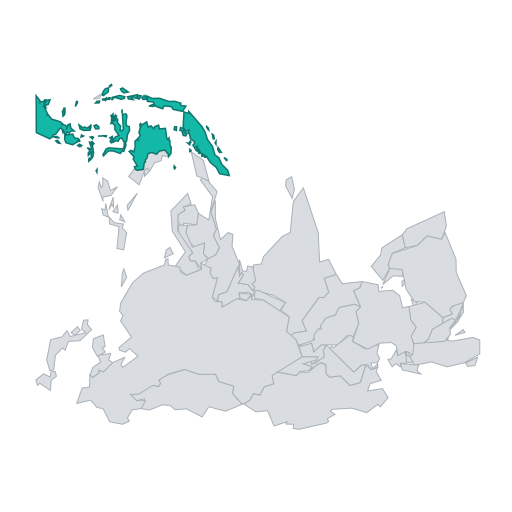 Indonesia highlighted on a map of Asia, rotated 179°
{"feature_id": "IDN", "entity_name": "Indonesia", "entity_type": "country or territory", "adm_level": 0, "iso_a3": "IDN", "parent_name": "Asia", "parent_adm1": "", "projection": "equal_earth", "projection_center": [119.503, -2.501], "detail": "fine", "context": "in_parent", "style": "filled", "palette": "teal", "viewbox_px": 512, "rotation_deg": 179, "n_neighbors": 45, "source": "natural_earth", "source_scale": "50m", "svg_char_len": 17831}
<svg xmlns="http://www.w3.org/2000/svg" viewBox="0 0 512 512"><g transform="rotate(179 256 256)"><path d="M270.9,108.4L264.7,111.8L261.2,118.4L254.5,116.9L250.1,125.1L240.5,128.0L242.1,136.2L239.1,140.2L217.9,135.7L214.4,139.5L206.2,138.5L194.3,148.3L187.8,145.9L187.9,137.1L184.5,133.6L173.7,134.7L164.2,124.9L153.9,127.7L148.2,145.2L142.9,140.3L136.2,142.9L137.8,138.1L133.0,129.5L144.0,126.4L146.8,119.1L131.9,121.2L126.4,112.1L134.4,102.9L136.8,105.5L148.0,97.5L162.9,102.2L182.6,101.4L184.3,99.3L179.9,96.4L187.5,92.0L186.3,89.1L188.4,87.7L216.1,82.0L221.8,82.9L221.3,87.1L229.0,87.5L227.9,89.8L240.9,85.7L247.2,101.1L258.9,100.2L270.9,108.4Z" fill="#d9dde1" stroke="#a8b0b8" stroke-width="1"/><path d="M148.2,145.2L153.9,127.7L164.2,124.9L173.7,134.7L184.5,133.6L187.9,137.1L187.8,145.9L192.9,148.4L204.8,140.6L201.9,144.2L210.9,147.4L205.4,150.9L201.1,150.5L202.2,146.9L197.0,148.1L192.6,153.9L189.5,153.7L190.4,160.7L187.2,165.8L160.2,138.3L152.4,145.2L148.2,145.2Z" fill="#d9dde1" stroke="#a8b0b8" stroke-width="1"/><path d="M406.6,421.5L410.2,416.1L416.0,415.9L406.6,421.5Z" fill="#d9dde1" stroke="#a8b0b8" stroke-width="1"/><path d="M59.0,185.4L53.4,192.7L49.6,205.1L49.6,196.1L55.9,186.4L59.0,185.4Z" fill="#d9dde1" stroke="#a8b0b8" stroke-width="1"/><path d="M63.6,180.7L56.0,186.4L63.6,178.7L63.6,180.7Z" fill="#d9dde1" stroke="#a8b0b8" stroke-width="1"/><path d="M56.5,190.0L52.4,195.4L55.3,189.3L56.5,190.0Z" fill="#d9dde1" stroke="#a8b0b8" stroke-width="1"/><path d="M56.5,190.0L70.7,184.9L70.3,191.2L60.8,194.6L63.2,199.8L53.6,206.7L49.6,205.1L56.5,190.0Z" fill="#d9dde1" stroke="#a8b0b8" stroke-width="1"/><path d="M109.5,233.1L119.2,233.8L129.8,225.2L121.7,242.6L110.0,239.8L109.5,233.1Z" fill="#d9dde1" stroke="#a8b0b8" stroke-width="1"/><path d="M106.9,230.4L107.4,226.4L110.3,223.1L110.6,227.9L106.9,230.4Z" fill="#d9dde1" stroke="#a8b0b8" stroke-width="1"/><path d="M99.1,202.1L101.6,210.1L95.0,207.2L99.1,202.1Z" fill="#d9dde1" stroke="#a8b0b8" stroke-width="1"/><path d="M70.3,191.2L70.7,184.9L80.9,179.6L85.1,169.7L92.5,164.6L99.7,165.6L102.3,173.2L97.2,181.9L102.5,189.6L103.9,202.8L87.7,206.8L70.3,191.2Z" fill="#d9dde1" stroke="#a8b0b8" stroke-width="1"/><path d="M122.7,241.4L129.6,229.4L141.0,243.6L131.4,254.9L129.9,262.0L109.4,274.7L106.6,261.7L119.6,256.2L124.0,245.3L122.7,241.4ZM131.3,222.0L129.4,223.4L130.9,221.6L131.3,222.0Z" fill="#d9dde1" stroke="#a8b0b8" stroke-width="1"/><path d="M312.8,299.6L314.7,288.2L327.4,290.1L329.3,286.2L333.9,292.0L333.2,298.7L326.2,303.0L327.9,306.4L316.4,308.3L312.8,299.6Z" fill="#d9dde1" stroke="#a8b0b8" stroke-width="1"/><path d="M324.0,287.9L314.7,288.2L312.8,299.6L302.6,292.7L298.4,316.1L310.4,333.1L306.2,336.1L293.8,321.1L300.3,301.2L295.0,283.2L298.2,277.3L292.4,264.8L296.3,257.8L304.1,253.9L308.6,259.2L307.3,269.9L316.3,265.5L322.4,270.4L325.7,280.7L324.0,287.9Z" fill="#d9dde1" stroke="#a8b0b8" stroke-width="1"/><path d="M333.0,288.3L324.0,287.9L325.7,280.7L319.4,265.9L307.3,269.9L308.6,259.2L304.1,253.9L311.1,249.8L310.8,243.5L316.8,252.0L321.8,252.1L323.2,256.8L319.3,260.3L332.9,278.8L333.0,288.3Z" fill="#d9dde1" stroke="#a8b0b8" stroke-width="1"/><path d="M304.1,253.9L296.3,257.8L292.4,264.8L298.2,277.3L295.0,283.2L300.3,301.2L295.7,312.2L296.0,294.3L291.2,273.1L283.5,279.9L278.7,278.1L279.8,266.0L272.6,248.1L285.8,220.6L294.1,217.9L295.3,211.6L300.4,215.6L294.9,235.0L299.2,234.1L302.4,240.1L301.0,244.6L308.7,246.1L304.1,253.9Z" fill="#d9dde1" stroke="#a8b0b8" stroke-width="1"/><path d="M319.9,309.1L327.9,306.4L326.2,303.0L333.2,298.7L333.8,282.7L319.3,260.3L323.2,256.8L321.8,252.1L316.8,252.0L312.9,242.8L325.9,237.9L336.6,247.7L326.5,261.4L339.3,282.3L340.3,302.5L323.2,319.7L319.9,309.1Z" fill="#d9dde1" stroke="#a8b0b8" stroke-width="1"/><path d="M424.1,140.0L421.1,147.3L413.2,152.8L416.0,159.7L402.9,161.0L405.2,154.6L401.0,152.0L403.9,148.8L410.4,142.8L415.4,144.5L414.7,141.9L421.6,137.2L424.1,140.0Z" fill="#d9dde1" stroke="#a8b0b8" stroke-width="1"/><path d="M408.4,162.7L416.5,158.5L421.1,167.6L420.0,176.2L410.1,179.7L408.4,167.9L411.2,167.0L408.4,162.7Z" fill="#d9dde1" stroke="#a8b0b8" stroke-width="1"/><path d="M272.4,108.0L289.2,101.4L305.8,106.1L312.8,96.0L328.3,104.5L339.5,103.7L344.7,108.1L352.3,108.8L365.4,103.8L373.4,105.4L369.9,115.1L378.1,113.5L384.2,118.2L361.4,128.5L355.7,127.2L353.7,130.2L355.3,133.6L349.9,137.7L329.5,143.8L314.8,138.7L298.4,138.4L295.5,131.2L280.4,126.3L281.7,118.9L272.4,108.0Z" fill="#d9dde1" stroke="#a8b0b8" stroke-width="1"/><path d="M295.3,211.6L294.1,217.9L285.8,220.6L274.3,245.1L272.7,236.4L270.7,239.9L268.7,237.1L274.2,229.2L264.5,227.6L259.6,221.3L257.8,224.9L260.5,227.8L256.7,231.7L259.1,233.2L258.8,247.0L250.9,248.0L248.4,255.4L229.3,275.2L221.4,278.9L217.7,309.8L207.5,323.3L193.4,278.3L192.5,248.8L183.4,251.4L176.0,236.1L188.0,232.5L183.9,218.6L189.1,213.1L193.6,213.5L210.9,190.6L206.9,180.1L219.2,178.4L223.7,174.1L226.8,180.1L223.9,194.5L232.2,201.5L227.2,208.8L239.1,216.4L257.6,221.5L261.1,212.5L261.0,217.8L264.4,219.8L273.6,219.2L272.7,214.2L290.9,205.3L291.0,210.8L295.3,211.6Z" fill="#d9dde1" stroke="#a8b0b8" stroke-width="1"/><path d="M272.7,236.4L272.6,252.5L269.5,241.1L265.7,240.9L264.5,246.2L259.5,245.0L256.7,231.7L260.5,227.8L257.8,224.9L259.6,221.3L264.5,227.6L274.2,229.2L268.7,237.1L270.7,239.9L272.7,236.4Z" fill="#d9dde1" stroke="#a8b0b8" stroke-width="1"/><path d="M272.7,214.2L273.6,219.2L261.0,217.8L266.3,211.4L272.7,214.2Z" fill="#d9dde1" stroke="#a8b0b8" stroke-width="1"/><path d="M258.5,213.7L257.6,221.5L254.2,221.5L227.2,208.8L234.0,200.2L249.6,211.9L258.5,213.7Z" fill="#d9dde1" stroke="#a8b0b8" stroke-width="1"/><path d="M223.7,174.1L219.2,178.4L206.9,180.1L210.9,190.6L193.6,213.5L189.1,213.1L183.9,218.6L188.0,232.5L176.0,236.1L170.1,226.8L150.2,228.6L152.7,222.4L159.0,219.6L152.3,203.4L158.4,206.0L173.9,203.0L177.6,195.6L187.4,192.5L201.8,169.0L215.0,165.8L217.7,172.0L223.7,174.1Z" fill="#d9dde1" stroke="#a8b0b8" stroke-width="1"/><path d="M175.4,165.9L192.4,165.7L199.9,159.1L202.0,167.8L208.1,164.0L215.0,165.8L199.1,171.1L199.5,175.8L195.5,181.8L191.9,181.6L192.8,185.0L187.4,192.5L177.6,195.6L173.9,203.0L158.4,206.0L152.3,203.4L156.8,198.6L154.4,186.9L160.2,173.3L166.7,174.5L175.4,165.9Z" fill="#d9dde1" stroke="#a8b0b8" stroke-width="1"/><path d="M187.2,165.8L190.4,160.7L189.5,153.7L202.2,146.9L202.7,150.4L196.0,153.9L211.7,154.4L214.6,164.4L202.0,167.8L199.9,159.1L192.4,165.7L187.2,165.8Z" fill="#d9dde1" stroke="#a8b0b8" stroke-width="1"/><path d="M204.8,140.6L214.4,139.5L217.9,135.7L239.1,140.2L211.7,154.4L196.0,153.9L197.1,151.1L210.9,147.4L201.9,144.2L204.8,140.6Z" fill="#d9dde1" stroke="#a8b0b8" stroke-width="1"/><path d="M136.2,142.9L142.9,140.3L146.3,145.5L152.4,145.2L160.2,138.3L183.3,161.6L182.4,164.7L179.9,163.2L163.6,175.2L160.2,173.3L160.9,169.0L148.5,161.3L134.5,165.5L136.9,156.8L134.1,151.4L136.3,147.3L143.1,147.0L141.2,141.3L136.3,146.1L136.2,142.9Z" fill="#d9dde1" stroke="#a8b0b8" stroke-width="1"/><path d="M103.9,202.8L102.5,189.6L97.2,181.9L102.3,173.2L99.0,161.6L101.0,154.4L107.5,157.8L116.1,153.7L117.2,163.6L122.3,167.1L133.8,166.7L146.0,160.9L160.9,169.0L154.4,186.9L156.8,198.6L152.3,203.4L159.0,219.6L152.7,222.4L150.2,228.6L134.4,225.1L133.9,218.5L119.8,219.3L113.1,213.7L110.3,201.7L103.9,202.8Z" fill="#d9dde1" stroke="#a8b0b8" stroke-width="1"/><path d="M57.7,188.3L63.6,180.7L62.9,174.5L68.6,167.4L90.6,165.3L85.1,169.7L80.9,179.6L61.4,190.4L57.7,188.3Z" fill="#d9dde1" stroke="#a8b0b8" stroke-width="1"/><path d="M108.9,157.7L100.8,150.4L102.0,146.3L108.9,147.6L108.9,157.7Z" fill="#d9dde1" stroke="#a8b0b8" stroke-width="1"/><path d="M99.7,165.6L68.6,167.4L64.6,172.4L66.1,168.2L60.9,167.5L40.6,170.8L33.7,168.2L34.0,154.2L49.2,145.7L66.7,141.8L82.4,147.0L99.4,143.9L104.1,153.0L101.0,154.4L99.7,165.6ZM39.0,142.7L46.3,141.9L48.4,145.3L36.2,150.9L39.0,142.7Z" fill="#d9dde1" stroke="#a8b0b8" stroke-width="1"/><path d="M225.2,325.8L224.4,331.7L218.9,334.6L216.5,322.0L218.8,312.8L225.2,325.8Z" fill="#d9dde1" stroke="#a8b0b8" stroke-width="1"/><path d="M342.0,266.1L338.7,259.7L347.6,255.8L345.6,263.5L342.0,266.1ZM211.7,154.4L242.1,136.2L240.5,128.0L250.1,125.1L254.5,116.9L261.2,118.4L264.7,111.8L272.4,108.0L281.7,118.9L280.4,126.3L295.5,131.2L298.4,138.4L314.8,138.7L329.5,143.8L345.6,139.4L355.3,133.6L353.7,130.2L355.7,127.2L361.4,128.5L375.8,119.9L383.8,119.8L378.1,113.5L369.1,113.2L373.4,105.4L382.5,104.3L387.4,96.3L385.5,93.0L392.5,90.1L405.1,92.8L411.6,106.0L417.7,107.4L423.8,114.8L437.8,111.7L432.2,127.0L424.8,127.8L424.1,140.0L421.6,137.2L414.7,141.9L415.4,144.5L410.4,142.8L401.0,152.0L389.0,157.0L393.1,149.5L391.1,147.0L375.8,157.8L384.0,165.7L388.2,162.1L394.0,164.2L394.7,166.8L381.9,177.1L392.6,193.6L390.1,198.9L393.4,203.3L391.9,211.8L379.8,231.5L368.6,241.0L347.7,248.6L346.2,254.3L344.0,254.7L344.0,248.6L332.6,246.3L331.5,241.0L325.9,237.9L310.8,243.5L311.1,249.8L301.0,244.6L302.4,240.1L299.2,234.1L294.9,235.0L300.4,215.6L297.6,211.2L291.0,210.8L290.9,205.3L276.0,213.6L266.3,211.4L261.0,216.7L261.1,212.5L249.6,211.9L223.9,194.5L226.8,180.1L217.7,172.0L211.7,154.4Z" fill="#d9dde1" stroke="#a8b0b8" stroke-width="1"/><path d="M391.2,227.5L390.0,241.0L388.3,245.4L385.7,236.8L391.2,227.5Z" fill="#d9dde1" stroke="#a8b0b8" stroke-width="1"/><path d="M113.8,142.6L117.8,146.0L121.8,142.8L125.9,150.4L122.7,150.7L117.1,159.9L116.1,153.7L108.9,157.7L107.5,152.1L107.5,145.5L112.8,146.4L113.8,142.6ZM107.5,157.8L105.1,157.2L104.1,153.0L107.2,154.2L107.5,157.8Z" fill="#d9dde1" stroke="#a8b0b8" stroke-width="1"/><path d="M93.2,135.0L111.6,139.5L113.5,145.9L95.3,144.1L97.1,138.8L93.2,135.0Z" fill="#d9dde1" stroke="#a8b0b8" stroke-width="1"/><path d="M390.5,299.5L386.6,292.4L391.6,294.6L390.5,299.5ZM397.8,317.3L397.6,306.9L399.2,310.3L402.3,304.9L397.8,317.3ZM407.9,313.2L412.7,327.7L411.3,332.8L409.7,327.1L407.8,330.0L408.0,336.8L403.0,333.5L400.4,324.0L393.3,327.7L399.9,319.2L408.2,317.5L407.9,313.2ZM384.0,308.7L373.5,321.0L383.2,304.1L384.0,308.7ZM394.9,266.0L392.4,287.6L401.7,290.6L402.2,297.6L397.4,291.9L387.9,290.2L389.4,286.5L384.9,281.6L388.2,264.4L394.9,266.0ZM393.6,309.4L393.1,301.2L398.3,302.9L393.6,309.4ZM408.2,299.7L409.4,306.0L406.2,304.5L405.3,311.1L403.0,297.5L408.2,299.7Z" fill="#d9dde1" stroke="#a8b0b8" stroke-width="1"/><path d="M301.8,331.8L313.8,337.1L318.9,361.1L307.0,352.7L301.8,331.8ZM376.4,344.9L367.9,344.0L362.7,360.3L345.4,364.0L342.5,360.8L341.8,357.0L348.2,357.9L349.0,353.1L355.9,350.8L360.9,342.7L365.8,343.9L371.6,329.2L381.9,337.7L376.4,344.9Z" fill="#d9dde1" stroke="#a8b0b8" stroke-width="1"/><path d="M366.2,337.5L365.8,343.9L362.9,345.7L360.9,342.7L366.2,337.5Z" fill="#d9dde1" stroke="#a8b0b8" stroke-width="1"/><path d="M467.1,155.6L462.8,175.9L451.4,178.6L446.3,184.5L443.1,178.7L427.6,182.3L431.7,186.1L429.5,194.9L425.0,195.0L425.8,190.4L421.6,185.3L433.5,174.4L445.1,173.9L448.5,165.0L451.2,167.4L458.3,160.4L460.2,145.8L464.0,144.9L467.1,155.6ZM474.4,132.5L476.7,130.5L478.3,135.9L470.4,141.9L464.2,138.6L462.8,143.9L458.7,144.0L457.7,139.2L463.0,135.3L463.9,125.1L474.4,132.5ZM433.0,184.5L438.7,179.8L442.2,182.7L435.7,188.4L433.0,184.5Z" fill="#d9dde1" stroke="#a8b0b8" stroke-width="1"/><path d="M106.6,261.7L109.4,274.7L104.9,280.5L67.0,297.0L65.1,282.7L70.1,269.5L84.5,273.0L94.5,263.8L106.6,261.7Z" fill="#d9dde1" stroke="#a8b0b8" stroke-width="1"/><path d="M49.5,205.8L60.5,202.4L63.2,199.8L60.8,194.6L70.3,191.2L87.7,206.8L98.4,207.7L106.4,220.0L110.0,239.8L122.7,241.4L124.0,245.3L119.6,256.2L94.5,263.8L84.5,273.0L70.1,269.5L66.6,276.4L56.1,249.1L56.1,236.1L46.3,212.7L49.5,205.8Z" fill="#d9dde1" stroke="#a8b0b8" stroke-width="1"/><path d="M58.3,173.2L50.2,178.8L48.4,176.1L58.3,173.2Z" fill="#d9dde1" stroke="#a8b0b8" stroke-width="1"/><path d="M341.7,356.9L341.8,359.2L345.4,363.5L350.8,362.6L353.7,359.5L358.5,361.4L362.2,360.2L363.4,355.6L365.0,354.1L364.8,352.0L366.2,351.2L367.1,344.6L373.1,343.8L375.1,344.7L376.0,347.5L372.9,347.9L377.2,355.2L376.0,356.9L381.0,362.8L379.1,363.8L376.5,362.2L374.9,367.0L375.0,372.8L372.3,375.3L371.6,374.3L371.6,375.9L369.6,378.5L370.9,381.4L369.6,386.1L368.7,387.4L368.3,388.8L363.0,392.0L361.5,386.7L358.8,388.0L356.0,385.0L354.9,387.2L351.1,388.5L350.4,384.8L344.3,385.2L343.2,375.6L342.3,374.1L340.1,373.0L340.1,368.2L338.8,366.4L339.3,359.9L341.7,356.9ZM281.3,336.9L291.0,338.9L294.1,345.2L300.1,350.3L303.4,356.0L304.9,357.3L304.7,355.7L305.6,355.6L307.4,358.8L309.7,360.2L311.2,363.6L313.9,365.1L311.9,367.2L315.2,365.5L316.6,366.7L317.1,368.1L315.6,369.5L315.6,371.6L319.5,374.3L320.2,378.7L321.6,380.2L320.7,383.1L323.9,381.9L326.6,386.0L325.5,401.3L320.8,399.7L320.7,401.8L307.8,386.3L304.9,381.1L302.4,373.1L297.6,366.4L295.3,357.8L291.5,355.0L288.5,348.1L282.7,342.0L281.3,336.9ZM473.5,383.2L473.0,420.0L469.1,414.8L469.6,413.2L464.4,415.0L465.3,411.3L463.9,409.4L464.4,409.2L465.2,409.3L465.7,409.1L463.3,407.7L464.4,407.2L461.7,401.3L462.3,400.5L461.2,400.7L457.9,396.4L449.2,393.6L447.0,391.5L447.9,390.7L444.0,390.0L442.8,388.1L443.5,385.7L441.6,390.5L439.6,391.4L438.9,387.1L435.6,384.2L438.8,384.2L440.8,382.2L442.9,383.3L443.9,380.3L437.1,381.1L435.5,377.2L431.6,376.5L432.7,373.2L437.5,370.4L444.1,372.6L445.3,376.1L445.0,381.5L446.1,384.4L446.8,382.8L447.9,386.6L449.4,387.5L454.2,381.3L457.1,380.3L457.3,378.8L460.2,376.8L473.5,383.2ZM407.3,359.9L403.9,365.7L401.1,366.7L387.7,365.4L386.1,366.9L385.6,371.5L388.1,376.1L390.1,376.0L391.9,373.1L393.6,373.7L398.7,371.6L399.8,372.8L399.5,374.1L397.5,373.5L394.8,377.2L391.0,379.0L394.9,384.9L394.8,388.9L397.3,391.4L397.4,393.3L394.2,394.1L393.9,395.8L392.0,395.3L392.1,391.6L389.1,388.3L389.7,384.0L388.1,383.5L386.4,385.1L387.1,400.1L383.4,400.2L382.6,398.5L383.7,391.2L383.1,388.3L380.5,387.6L380.2,383.8L382.5,379.3L383.2,373.5L384.1,372.2L384.7,373.3L384.1,368.9L386.4,362.9L387.8,363.5L389.9,360.9L397.2,363.6L401.8,363.6L406.8,358.8L407.3,359.9ZM326.9,401.9L336.3,404.0L337.8,406.8L345.2,407.7L346.8,404.8L354.0,407.6L356.0,411.7L361.9,412.5L361.8,415.9L362.6,418.0L357.0,415.3L349.7,415.4L340.4,412.0L334.7,412.1L328.5,410.1L328.8,408.3L327.4,407.6L323.5,407.1L326.9,401.9ZM417.8,363.6L421.9,359.5L421.9,362.1L420.1,364.2L422.8,367.2L418.9,365.7L418.5,366.7L420.8,373.4L417.7,369.8L416.6,361.9L417.4,357.9L419.1,355.9L419.0,360.8L417.8,363.6ZM426.3,384.6L429.7,386.1L430.7,390.2L426.7,387.2L425.1,388.0L422.6,386.7L421.1,387.9L419.5,386.3L418.5,388.2L419.8,384.6L426.3,384.6ZM396.9,417.1L389.6,418.9L384.5,417.6L384.8,416.0L387.9,415.0L395.0,417.2L397.5,414.3L396.9,417.1ZM375.9,414.5L380.8,415.3L381.7,417.4L371.9,419.3L372.0,416.7L373.4,415.7L376.8,417.8L377.9,417.0L375.9,414.5ZM405.9,419.0L406.8,419.5L406.0,423.0L403.8,425.8L400.5,426.7L400.8,422.8L405.9,419.0ZM326.6,377.8L328.0,382.4L329.9,383.0L329.2,385.8L326.4,384.4L325.5,380.7L322.8,380.0L324.1,377.3L326.6,377.8ZM462.9,415.2L459.2,415.8L461.1,411.2L464.0,410.2L464.9,411.9L462.9,415.2ZM385.3,421.4L387.6,423.3L388.6,425.5L386.4,426.3L380.9,422.2L385.3,421.4ZM414.2,385.9L415.7,389.0L413.4,390.0L410.8,387.8L410.9,386.0L414.2,385.9ZM366.2,414.5L367.3,416.0L365.0,418.4L362.1,414.6L366.2,414.5ZM371.6,415.6L371.0,418.7L368.0,418.1L370.2,414.8L371.6,415.6ZM335.7,383.7L335.1,386.7L333.2,386.6L333.4,382.9L335.7,383.7ZM446.5,399.1L447.0,404.0L445.9,404.3L444.7,402.7L444.9,400.7L446.5,399.1ZM360.4,407.8L356.5,409.3L354.8,408.4L356.2,407.3L360.4,407.8ZM398.2,393.2L397.8,397.5L398.7,398.6L396.4,400.5L397.3,394.5L398.2,393.2ZM290.6,360.1L292.5,362.9L292.0,365.2L288.9,360.3L290.6,360.1ZM297.6,378.5L296.2,377.5L295.6,373.9L296.7,373.8L297.6,378.5ZM432.7,413.7L431.8,413.6L432.0,411.9L434.1,408.7L432.7,413.7ZM430.8,368.4L433.0,370.0L430.0,368.9L431.2,370.3L430.5,370.9L428.4,369.6L430.8,368.4ZM403.9,377.8L407.7,379.0L403.5,378.9L403.9,377.8ZM396.4,398.2L394.9,398.5L395.3,395.4L396.7,394.6L396.4,398.2ZM450.0,372.1L452.2,372.5L454.2,374.6L452.3,375.1L450.0,372.1ZM413.8,411.8L412.4,413.4L409.6,413.6L410.3,411.8L413.8,411.8ZM446.3,404.9L445.4,407.2L444.4,407.1L444.5,403.4L446.3,404.9ZM419.6,377.8L417.1,378.2L416.4,377.4L417.5,375.9L419.6,377.8ZM450.4,377.4L453.5,377.8L456.4,378.6L453.6,379.1L450.4,377.4ZM397.5,375.1L400.1,376.6L398.7,377.5L398.6,375.8L397.5,377.4L397.5,375.1ZM420.9,356.8L419.9,355.4L421.5,353.7L421.6,355.8L420.9,356.8ZM404.5,414.5L406.4,414.7L406.8,415.5L403.6,416.0L404.5,414.5ZM428.9,378.0L428.4,380.0L426.3,379.0L427.3,378.4L428.9,378.0ZM369.8,389.7L368.7,391.1L369.6,386.8L369.8,389.7ZM417.1,370.2L418.5,373.0L418.0,373.4L416.0,371.2L417.1,370.2ZM286.3,355.0L283.6,353.3L283.2,352.4L283.9,352.0L286.3,355.0ZM336.2,347.5L334.9,345.8L335.9,344.5L336.5,345.8L336.2,347.5ZM431.6,375.8L430.7,375.5L430.2,373.8L431.7,373.6L431.6,375.8ZM313.8,363.5L311.6,363.5L311.7,362.2L313.8,363.5ZM308.4,356.6L308.4,358.2L307.5,358.6L307.1,356.9L308.4,356.6ZM401.7,415.2L400.2,416.9L398.8,416.6L399.5,415.2L401.7,415.2ZM397.6,430.0L397.2,429.2L399.4,427.6L399.6,428.6L397.6,430.0ZM408.5,378.6L411.9,378.7L408.0,378.8L408.5,378.6ZM320.4,361.5L320.4,363.7L319.0,362.6L319.5,361.7L320.4,361.5ZM342.1,374.3L341.0,375.6L341.0,374.0L342.1,374.3ZM303.1,385.4L303.2,387.2L302.0,384.2L303.1,385.4ZM320.3,368.3L322.2,370.0L319.9,369.5L320.3,368.3ZM393.9,399.2L392.9,398.2L393.3,397.1L393.9,397.6L393.9,399.2ZM295.0,369.8L294.0,371.4L294.1,368.4L295.0,369.8ZM311.4,362.8L310.7,362.3L310.7,360.5L311.4,361.4L311.4,362.8ZM414.4,344.1L413.5,345.3L413.7,342.6L414.4,344.1ZM403.0,414.8L402.7,416.7L401.7,416.2L403.0,414.8ZM311.6,359.8L311.7,360.8L309.7,359.3L311.6,359.8ZM319.1,371.0L320.5,371.0L319.5,372.1L319.1,371.0ZM314.5,363.4L312.5,362.4L312.6,361.8L313.8,362.3L314.5,363.4ZM398.8,391.0L398.2,392.3L397.8,391.2L398.8,391.0ZM420.3,388.3L418.8,389.8L418.6,389.3L420.3,388.3ZM464.4,415.8L463.1,415.8L463.0,415.4L464.0,414.6L464.4,415.8ZM387.6,402.2L387.3,405.0L387.3,401.1L387.6,402.2ZM302.0,383.6L301.3,384.4L301.1,382.7L302.0,383.6Z" fill="#14b8a6" stroke="#0f766e" stroke-width="1.5"/></g></svg>